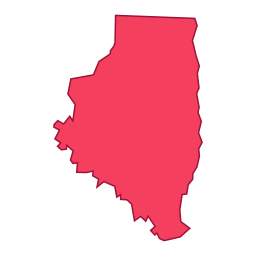 outline of Calhoun, Arkansas, United States of America
{"feature_id": "52423323B83504400209000", "entity_name": "Calhoun", "entity_type": "district", "adm_level": 2, "iso_a3": "USA", "parent_name": "United States of America", "parent_adm1": "Arkansas", "projection": "equal_earth", "projection_center": [-92.533, 33.536], "detail": "fine", "context": "isolated", "style": "filled", "palette": "rose", "viewbox_px": 256, "rotation_deg": 0, "n_neighbors": 0, "source": "geoboundaries", "source_scale": "gbopen_adm2", "svg_char_len": 998}
<svg xmlns="http://www.w3.org/2000/svg" viewBox="0 0 256 256"><path d="M194.8,18.4L115.6,15.4L115.0,43.1L113.6,46.5L110.4,50.8L110.3,53.9L99.0,61.5L93.4,74.9L70.9,78.9L67.9,94.0L75.2,104.6L72.8,120.9L69.8,116.2L63.6,124.0L57.8,120.6L54.2,124.4L53.9,127.2L59.5,130.0L54.9,138.9L60.7,142.8L57.5,146.4L61.5,149.8L66.4,149.1L66.8,145.3L73.1,150.9L70.5,160.0L73.0,163.5L77.5,162.8L76.7,172.3L86.2,172.5L93.2,171.1L92.7,175.8L98.6,179.1L97.0,187.1L103.9,181.6L114.8,186.3L116.8,197.1L120.5,194.7L120.7,199.4L127.0,199.8L131.6,204.1L134.5,220.8L140.7,216.4L145.7,221.2L148.1,216.1L155.1,226.5L150.6,230.4L154.8,235.0L156.9,233.1L159.5,238.5L164.1,240.6L180.2,236.9L189.8,228.3L180.8,221.6L179.8,209.8L182.1,194.5L186.7,194.0L188.2,184.8L192.6,179.4L192.9,173.5L196.9,167.0L199.4,156.2L198.7,148.9L202.1,142.3L198.5,132.9L201.3,121.3L198.0,112.5L199.1,107.2L196.6,93.6L199.0,88.0L197.3,73.5L199.3,66.0L195.9,55.2L192.4,40.4L197.1,25.7L194.8,18.4Z" fill="#f43f5e" stroke="#9f1239" stroke-width="1.5"/></svg>